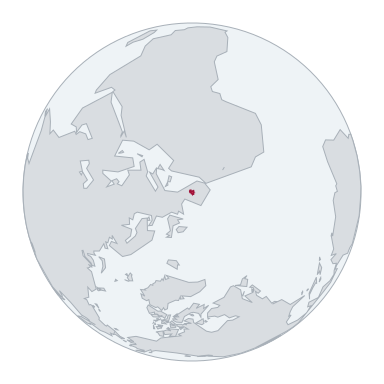 Guadalajara on an orthographic globe, rotated 210°
{"feature_id": "ESP-5822", "entity_name": "Guadalajara", "entity_type": "Autonomous Community", "adm_level": 1, "iso_a3": "ESP", "parent_name": "Spain", "parent_adm1": "", "projection": "orthographic", "projection_center": [-2.665, 40.739], "detail": "fine", "context": "on_globe", "style": "filled", "palette": "rose", "viewbox_px": 384, "rotation_deg": 210, "n_neighbors": 0, "source": "natural_earth", "source_scale": "10m", "svg_char_len": 10613}
<svg xmlns="http://www.w3.org/2000/svg" viewBox="0 0 384 384"><g transform="rotate(210 192 192)"><circle cx="192" cy="192" r="169" fill="#eef3f6" stroke="#a8b0b8"/><path d="M48.6,281.4L45.1,275.0L41.7,268.3L35.4,255.0L27.3,227.4L27.5,222.5L26.6,216.8L29.6,212.9L30.1,200.8L29.4,196.8L27.9,198.2L26.8,183.2L28.2,172.2L34.4,132.1L37.1,125.3L40.4,118.9L59.0,89.3L43.3,112.4L47.4,105.0L53.7,95.3L53.9,95.3L63.3,83.7L69.2,76.7L82.4,65.0L96.5,57.6L92.3,60.8L96.2,59.0L101.7,55.1L104.3,53.0L125.1,44.8L144.2,36.5L147.5,33.6L148.9,34.8L153.2,29.6L161.8,26.8L153.8,30.3L154.3,31.0L161.0,29.0L162.9,29.4L167.2,28.7L169.0,29.5L164.2,31.9L165.2,32.6L169.8,31.2L174.5,31.4L167.5,33.3L174.9,33.9L168.3,39.0L148.1,45.1L146.0,50.0L129.6,62.0L132.7,62.0L128.5,67.2L130.5,69.3L126.9,71.3L131.7,71.3L134.6,69.1L137.7,68.5L139.1,69.7L134.8,72.3L133.4,72.1L132.9,73.5L130.0,74.4L132.3,74.6L126.8,77.9L134.3,76.5L131.8,80.7L127.6,82.4L125.3,79.8L109.9,78.7L104.9,80.3L100.2,84.9L97.0,98.3L92.7,101.4L88.8,107.5L92.4,106.6L96.7,101.7L102.5,102.1L107.1,96.5L110.2,95.9L116.0,91.5L118.0,95.0L116.8,100.9L112.0,104.9L111.3,107.7L118.2,106.4L111.6,116.8L111.2,129.0L109.2,131.6L101.0,131.6L95.1,124.8L84.5,126.4L94.2,128.4L89.0,135.6L89.4,138.2L91.3,139.8L94.4,138.4L93.3,141.7L83.2,140.5L84.1,137.4L87.3,137.7L84.4,134.8L77.6,134.7L75.5,138.7L67.4,135.6L65.8,138.6L63.1,139.8L66.2,135.2L60.5,143.7L50.7,143.7L42.6,158.7L47.4,143.0L47.1,137.6L46.1,132.8L44.7,135.1L45.3,126.6L42.5,125.1L36.5,133.9L32.3,144.8L32.2,152.9L34.4,150.4L35.6,155.0L29.8,163.9L31.1,175.4L28.2,184.0L27.9,191.7L29.7,195.2L31.3,202.5L34.1,200.4L37.9,202.9L36.2,210.8L39.7,206.7L40.8,213.5L49.4,223.6L48.3,224.6L55.2,242.4L65.5,255.3L67.9,262.9L66.4,265.2L70.6,269.2L70.7,271.5L89.7,286.0L101.5,296.7L102.4,303.9L95.2,307.8L94.9,320.1L83.6,316.6L85.0,320.4L83.4,321.4L78.3,316.9L67.3,306.0L57.4,294.1L48.6,281.4ZM40.0,162.9L41.7,180.4L38.4,175.2L39.5,175.1L39.5,169.6L38.9,161.9L36.6,157.9L40.0,162.9ZM45.9,160.0L45.5,157.6L46.3,159.4L45.9,160.0ZM105.2,52.1L101.6,55.1L95.9,58.6L98.7,56.1L105.2,52.1ZM116.3,46.3L115.1,47.5L110.9,48.8L112.9,47.7L116.3,46.3ZM149.3,31.7L146.0,33.0L148.6,31.7L149.3,31.7ZM167.5,28.5L167.9,28.1L170.0,28.0L167.5,28.5ZM114.5,90.0L115.2,90.7L113.8,91.1L114.5,90.0ZM116.4,87.4L114.2,87.4L114.8,86.2L116.1,86.2L116.4,87.4ZM174.6,29.2L177.8,29.3L173.7,29.6L174.6,29.2ZM119.0,87.8L116.0,84.1L117.1,82.0L123.1,80.6L119.0,87.8ZM179.2,29.7L187.3,30.4L188.7,29.4L189.2,33.0L182.2,31.0L176.8,31.3L179.6,30.4L179.2,29.7ZM134.9,68.0L131.8,70.4L133.0,67.3L134.9,68.0ZM134.9,66.2L134.1,58.6L139.4,56.0L138.6,58.9L144.3,54.9L147.2,57.2L144.7,60.0L140.8,61.2L144.9,61.3L134.9,66.2ZM188.2,35.0L189.4,35.7L187.2,35.5L188.2,35.0ZM139.0,68.0L138.4,66.6L142.9,64.1L144.9,66.6L142.8,66.6L139.0,68.0ZM144.3,52.8L148.0,51.5L151.4,53.1L153.3,52.8L147.7,57.1L144.3,52.8ZM142.5,67.7L145.8,67.9L145.1,70.2L139.9,69.3L142.5,67.7ZM143.2,62.5L145.4,61.5L144.8,62.8L143.2,62.5ZM144.1,78.9L143.3,77.0L145.6,75.5L144.1,78.9ZM147.1,67.8L147.4,67.0L148.2,66.3L150.1,66.9L147.1,67.8ZM150.5,58.0L151.1,59.0L153.0,56.3L155.6,57.6L151.3,60.3L154.3,59.6L155.1,60.0L150.7,61.8L150.5,58.0ZM154.6,65.4L150.1,69.7L151.1,73.4L149.1,74.8L147.8,68.6L154.6,65.4ZM152.7,63.1L153.4,64.8L150.6,65.5L148.3,64.8L152.7,63.1ZM158.9,57.5L155.9,54.9L157.0,54.4L158.9,57.5ZM155.4,66.3L156.5,65.3L155.8,66.5L155.4,66.3ZM158.4,60.0L157.3,59.1L158.5,58.6L158.4,60.0ZM159.6,64.2L158.1,65.5L156.6,65.0L159.6,64.2ZM159.5,62.1L161.4,61.7L156.9,64.0L158.8,61.8L159.5,62.1ZM159.7,59.7L160.1,59.1L160.1,60.1L159.7,59.7ZM166.3,65.5L161.0,68.6L157.5,67.4L163.2,64.5L166.3,65.5ZM297.0,59.6L296.2,59.0L297.6,60.3L294.7,58.2L301.4,64.0L297.4,61.2L304.6,67.4L306.3,68.3L301.8,63.9L309.7,71.1L310.2,71.3L318.6,80.1L326.3,89.5L333.3,99.4L339.6,109.8L345.2,120.7L349.9,131.9L353.8,143.4L351.3,136.7L353.2,144.0L351.3,139.2L347.4,135.2L349.2,145.7L353.3,169.9L356.8,183.1L356.9,192.8L349.7,182.0L344.2,171.4L343.1,176.3L334.5,172.7L323.9,186.0L321.1,183.9L319.4,188.1L313.1,189.2L308.3,185.4L305.2,188.6L317.6,198.4L320.8,195.0L321.8,185.9L324.8,190.5L330.6,190.5L328.8,210.0L310.9,238.5L307.0,229.3L282.3,209.2L281.9,205.4L281.7,205.0L281.3,204.4L281.2,211.0L276.2,206.5L291.7,222.9L295.2,231.0L310.7,239.4L309.7,241.8L314.1,242.4L325.3,229.1L325.8,232.5L321.8,252.7L304.4,284.3L305.5,295.0L302.2,305.3L288.7,317.7L287.2,323.5L279.8,328.7L277.6,332.1L270.2,337.6L258.8,343.9L242.2,349.0L243.3,346.9L238.2,343.7L232.0,331.1L238.4,322.2L237.8,315.9L225.6,302.5L228.4,292.6L224.6,289.2L217.1,291.2L212.4,286.8L207.7,287.2L176.4,291.8L165.6,284.8L149.8,262.5L154.6,254.1L153.3,243.4L184.2,206.5L193.2,208.4L220.3,200.0L224.1,200.8L223.6,210.1L246.1,215.9L250.2,207.1L267.9,206.9L278.0,202.2L277.0,184.5L260.4,191.9L254.9,185.2L266.1,172.4L280.2,166.3L278.5,163.5L267.4,161.1L268.4,153.8L263.3,159.9L267.0,161.8L263.9,165.8L260.3,164.4L260.8,161.7L255.9,162.3L254.8,175.5L258.5,178.8L247.1,185.4L252.1,191.8L249.8,196.3L240.5,187.3L239.7,183.0L224.1,174.4L223.9,179.3L238.6,188.0L235.0,188.0L234.8,195.5L232.1,189.9L216.2,179.7L204.4,184.7L193.2,204.0L185.5,206.0L177.3,202.9L177.5,184.7L194.7,182.3L195.0,176.4L188.2,168.6L194.0,168.7L193.4,165.5L199.6,164.3L205.0,155.3L210.8,153.4L209.8,143.2L212.7,141.1L212.4,147.6L215.4,151.4L229.3,147.2L231.1,144.4L229.4,138.3L233.4,138.2L229.9,132.8L236.5,127.9L225.6,129.6L223.2,123.1L225.5,116.8L222.7,115.1L219.1,125.5L219.4,129.4L222.8,132.2L222.0,144.0L217.8,147.0L211.3,136.3L204.8,139.6L202.6,130.3L213.7,107.2L219.9,101.4L236.8,104.3L237.1,108.9L231.2,109.9L239.5,114.5L237.5,111.4L240.9,111.5L239.5,105.9L241.8,105.7L236.5,100.8L239.2,99.9L242.5,103.1L242.7,94.6L247.5,91.8L246.4,90.1L244.0,88.9L251.7,86.5L250.5,85.3L247.6,85.6L243.4,83.6L239.0,79.2L241.9,78.5L243.9,80.0L252.4,82.6L257.2,87.0L258.0,86.4L254.5,82.4L244.1,79.3L240.7,76.8L245.6,77.6L243.5,77.1L242.7,75.8L244.6,73.9L239.2,72.8L226.4,60.0L228.9,55.7L234.7,57.5L228.8,49.3L232.0,45.9L229.3,46.1L224.6,42.8L223.6,43.8L221.9,43.7L209.4,36.7L208.8,35.0L200.3,33.0L198.9,33.2L198.9,34.4L189.2,33.0L188.7,29.4L191.9,29.1L189.4,27.4L197.1,27.1L202.3,26.3L212.2,27.5L215.5,27.2L214.1,26.6L217.5,26.1L229.3,27.5L225.8,28.7L209.3,28.8L216.6,28.7L216.7,29.6L220.4,30.2L225.4,30.3L224.9,29.8L242.0,35.8L257.5,40.3L252.1,37.0L252.8,36.1L265.6,40.3L291.2,55.4L292.1,55.9L297.0,59.6ZM176.5,226.3L176.4,229.7L176.5,226.3ZM297.3,167.9L304.3,163.0L297.4,155.3L299.5,153.0L296.4,151.4L296.8,154.8L288.6,150.1L290.3,144.8L287.5,141.1L285.0,142.6L283.3,153.2L295.1,159.8L295.1,165.2L297.3,167.9ZM49.7,223.9L50.5,226.6L49.0,225.0L49.7,223.9ZM36.8,177.6L37.7,180.0L37.8,182.4L36.9,181.1L36.8,177.6ZM47.5,196.5L49.1,199.6L46.9,197.7L47.5,196.5ZM42.2,183.0L46.1,194.2L41.9,191.4L39.7,184.4L41.9,187.3L42.2,183.0ZM43.1,163.5L43.4,165.4L42.5,166.5L43.1,163.5ZM46.5,161.3L46.2,160.9L46.6,159.0L46.5,161.3ZM89.6,135.6L90.4,135.8L91.8,138.0L90.1,138.0L89.6,135.6ZM104.9,141.9L102.6,147.1L103.0,143.3L100.1,144.2L97.3,137.5L108.0,132.6L103.6,135.9L104.9,141.9ZM96.5,127.8L97.0,132.3L96.0,127.6L96.5,127.8ZM183.7,149.8L186.9,151.6L186.0,155.6L178.7,159.0L179.8,153.1L183.7,149.8ZM191.5,153.3L187.1,142.3L191.5,140.1L189.8,143.1L193.1,142.7L191.3,147.6L199.8,156.7L199.6,160.9L186.1,164.2L190.6,160.7L187.3,159.0L191.5,153.3ZM168.1,121.6L166.2,117.7L178.1,117.7L178.5,121.4L171.2,124.7L166.5,122.4L168.1,121.6ZM130.2,86.5L128.7,85.7L129.9,84.8L132.2,84.8L130.2,86.5ZM143.6,78.1L137.9,89.3L135.9,88.9L135.0,96.5L129.4,98.4L130.2,93.3L125.2,100.7L123.7,96.9L120.9,102.2L123.2,90.7L121.6,87.9L125.5,90.2L130.7,88.5L132.5,86.9L136.3,80.4L135.5,74.0L140.5,71.5L144.3,71.5L145.2,72.7L141.7,73.9L145.5,74.6L141.1,77.2L143.6,78.1ZM185.3,78.3L180.8,78.2L187.8,81.9L183.4,83.8L184.5,84.1L182.3,87.0L181.6,91.2L179.3,91.6L180.0,93.0L178.6,95.1L178.9,97.3L174.7,99.0L174.6,101.9L172.7,101.0L173.7,105.7L171.1,103.0L169.0,105.7L172.7,106.9L149.6,112.1L142.0,116.9L137.1,122.7L133.2,117.8L135.4,109.5L140.9,100.7L148.8,97.0L145.6,95.6L148.4,93.5L149.8,95.5L149.4,91.3L152.1,90.1L157.0,83.5L154.9,78.6L156.6,76.2L158.8,77.6L159.0,74.3L164.3,75.4L165.6,73.8L172.2,73.4L175.6,77.2L176.9,75.2L182.0,75.1L185.3,78.3ZM168.2,65.6L173.3,69.3L173.4,72.3L161.9,71.7L159.9,73.1L152.5,73.2L152.5,69.0L154.6,69.3L156.7,68.6L155.9,70.2L158.1,68.4L161.0,68.9L163.5,67.7L164.5,69.2L168.2,65.6ZM226.9,196.7L229.6,196.4L233.4,195.1L233.4,199.9L226.9,196.7ZM216.0,189.9L218.2,188.8L220.0,194.6L217.2,195.0L216.0,189.9ZM217.8,183.5L218.1,188.3L216.3,186.0L217.8,183.5ZM214.3,146.4L216.4,145.1L217.3,146.4L216.8,148.9L214.3,146.4ZM205.0,91.0L202.4,90.2L202.7,89.3L198.9,85.4L201.8,83.8L205.3,85.6L205.0,91.0ZM275.1,188.7L273.1,193.1L271.1,192.3L272.2,190.9L275.1,188.7ZM252.9,197.5L258.7,197.7L252.9,198.8L252.9,197.5ZM207.6,88.7L205.7,87.2L208.4,87.4L207.6,88.7ZM203.8,82.6L206.6,82.4L201.7,83.2L203.8,82.6ZM322.4,289.4L308.9,310.6L303.5,314.6L304.5,311.2L310.9,299.8L317.9,292.3L322.0,285.3L322.4,289.4ZM357.2,183.8L359.1,188.4L358.8,192.0L357.2,183.8ZM230.0,76.3L232.0,83.1L235.4,87.6L240.4,89.3L234.3,90.2L229.0,83.2L230.0,76.3ZM226.6,62.0L222.2,61.0L223.4,59.8L224.6,59.8L226.6,62.0ZM224.4,62.5L220.3,64.6L217.4,63.0L221.2,61.7L224.4,62.5ZM214.1,76.1L214.5,78.2L212.4,77.9L214.1,76.1ZM265.9,40.1L260.5,37.6L256.3,35.8L265.9,40.1ZM257.2,36.2L259.0,37.2L250.9,35.8L248.0,35.1L251.9,34.5L253.9,35.4L256.7,36.3L257.2,36.2ZM190.7,35.2L189.5,35.7L189.4,34.9L190.7,35.2ZM221.4,44.3L219.1,44.0L219.1,43.0L221.4,44.3ZM212.8,42.8L214.4,44.1L211.5,42.9L212.8,42.8ZM218.3,47.3L214.5,44.8L219.8,46.8L218.3,47.3Z" fill="#d9dde1" stroke="#a8b0b8" stroke-width="1"/><path d="M193.5,192.4L193.4,192.4L193.2,192.2L193.1,192.3L192.9,192.3L192.8,192.5L192.7,192.5L192.7,192.4L192.6,192.5L192.4,192.7L192.3,192.8L192.2,192.9L191.9,193.0L191.8,192.9L191.7,193.0L191.7,193.4L191.7,193.6L191.4,193.7L191.2,193.6L191.0,193.4L190.9,193.4L190.9,193.5L190.8,193.4L190.9,193.2L190.9,192.9L190.8,192.7L190.7,192.6L190.5,192.4L190.4,192.2L190.2,192.2L190.3,192.1L190.3,191.9L190.2,191.9L190.2,191.7L190.3,191.6L190.2,191.5L190.3,191.5L190.3,191.4L190.3,191.2L190.2,191.0L190.2,190.9L190.0,190.7L190.3,190.6L190.3,190.4L190.4,190.5L190.5,190.5L190.6,190.4L190.8,190.4L191.1,190.4L191.3,190.4L191.5,190.3L191.7,190.5L191.8,190.4L191.9,190.5L192.0,190.5L192.2,190.8L192.3,190.8L192.4,191.0L192.5,191.0L192.8,191.0L193.0,191.0L193.2,190.9L193.3,190.9L193.3,191.0L193.3,190.9L193.5,190.7L193.6,190.8L193.8,190.9L194.0,191.0L194.2,191.3L194.3,191.4L194.3,191.5L194.5,191.7L194.5,191.8L194.5,192.0L194.5,192.3L194.5,192.5L194.4,192.5L194.3,192.4L194.2,192.4L194.2,192.5L194.1,192.8L193.9,193.0L193.8,192.9L193.7,192.6L193.6,192.4L193.5,192.4Z" fill="#f43f5e" stroke="#9f1239" stroke-width="1.5"/></g></svg>